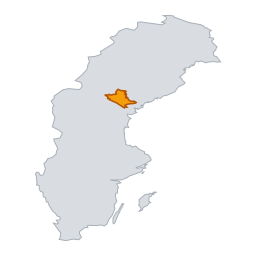 Sollefteå, Västernorrland, Sweden shown in context
{"feature_id": "70781695B14713554089347", "entity_name": "Sollefteå", "entity_type": "district", "adm_level": 2, "iso_a3": "SWE", "parent_name": "Sweden", "parent_adm1": "Västernorrland", "projection": "equal_earth", "projection_center": [16.958, 63.453], "detail": "fine", "context": "in_parent", "style": "filled", "palette": "amber", "viewbox_px": 256, "rotation_deg": 0, "n_neighbors": 0, "source": "geoboundaries", "source_scale": "gbopen_adm2", "svg_char_len": 5966}
<svg xmlns="http://www.w3.org/2000/svg" viewBox="0 0 256 256"><path d="M39.1,173.1L40.3,175.4L42.8,175.1L43.9,173.5L45.4,168.7L43.9,163.4L46.2,161.5L47.8,158.6L51.3,157.8L56.0,154.4L56.6,151.0L57.8,148.5L54.1,140.9L53.8,139.0L59.8,138.1L62.5,133.1L58.6,129.9L52.3,126.9L54.9,117.5L52.4,112.5L52.8,110.4L52.5,107.1L54.1,105.8L51.2,101.1L54.4,97.9L53.9,96.2L62.9,89.8L68.7,88.6L79.3,89.6L81.9,87.0L82.0,85.7L81.1,82.5L75.2,80.6L81.8,75.0L87.0,69.5L88.1,64.3L89.4,62.0L88.2,57.0L95.0,56.4L101.2,54.3L100.4,51.6L113.8,43.3L114.2,41.9L113.2,40.5L110.1,37.9L111.0,36.8L114.6,36.1L116.3,35.0L119.0,31.2L126.3,28.3L134.3,30.3L137.7,26.9L137.5,22.4L140.3,21.9L161.7,24.8L165.3,23.1L161.6,22.2L165.2,20.4L166.2,19.2L166.5,17.9L166.4,17.2L163.4,15.6L170.1,15.4L173.8,16.1L174.1,17.1L188.8,22.5L200.4,24.6L203.7,26.1L205.0,27.8L206.8,27.9L209.0,29.5L211.3,30.4L209.5,31.5L209.6,34.1L210.3,35.2L209.3,37.5L213.1,38.0L213.7,39.3L211.8,40.7L212.1,42.2L217.1,46.9L216.0,48.4L215.7,50.3L213.5,51.7L213.3,53.2L213.8,55.1L214.5,56.1L216.7,56.7L220.5,61.8L216.8,62.2L214.0,61.5L207.6,62.1L206.0,62.9L201.0,60.9L198.2,62.0L196.3,61.0L194.8,62.7L194.4,65.0L192.1,64.8L193.0,65.7L189.9,66.0L189.7,66.4L190.3,66.9L189.4,67.6L185.1,67.9L184.5,68.6L185.8,69.5L185.8,70.1L183.0,69.3L184.9,71.0L185.4,72.2L179.5,77.1L181.5,78.4L183.2,81.2L185.1,82.5L184.4,83.8L178.2,87.0L174.8,91.9L167.1,95.2L163.0,96.0L160.4,98.4L157.2,97.6L157.2,99.0L155.2,98.1L153.5,100.2L150.7,102.0L147.6,101.7L147.3,102.0L148.2,102.5L144.7,102.9L143.6,104.8L141.0,105.3L140.6,105.9L143.2,106.0L142.7,107.5L139.7,108.3L138.6,109.3L137.2,109.2L137.5,108.5L135.5,108.5L134.8,107.7L134.4,107.9L135.8,110.4L134.8,111.4L136.7,112.4L131.2,114.8L127.8,113.9L127.3,114.6L128.1,116.7L131.0,118.4L129.2,119.5L127.3,124.5L128.6,127.5L124.8,126.9L125.1,128.0L123.8,129.4L124.3,131.3L123.9,132.6L124.8,133.8L124.3,134.4L124.9,139.9L126.0,142.3L125.6,144.2L127.2,145.2L130.6,145.4L131.6,147.0L135.8,146.1L138.9,149.2L144.7,151.9L144.4,153.6L148.1,154.9L150.2,157.3L151.1,159.3L150.8,160.5L145.1,163.8L140.7,166.1L136.2,167.4L136.4,168.0L138.6,168.2L144.2,166.6L145.8,168.0L142.8,168.7L142.2,170.6L140.9,171.9L128.7,176.3L127.1,177.7L121.6,179.9L111.8,179.8L110.3,180.2L118.8,181.2L120.8,182.8L116.8,183.9L118.5,187.8L117.5,188.8L117.4,193.1L116.0,193.2L115.3,195.0L116.1,199.5L116.8,200.7L116.4,202.0L114.1,205.0L114.9,208.6L112.2,215.2L109.1,219.1L106.8,224.2L104.2,226.0L101.2,224.9L96.6,225.6L88.3,225.3L87.3,225.9L87.9,227.7L84.9,227.5L79.6,231.5L79.4,233.4L81.4,237.2L78.8,239.7L73.2,239.1L65.8,240.6L59.1,239.4L60.0,238.1L60.7,233.1L53.4,223.0L56.9,224.0L58.4,223.5L56.3,220.2L59.3,220.0L60.3,218.8L59.8,216.9L57.3,216.1L55.2,213.1L53.0,211.6L49.2,205.7L47.8,201.7L46.4,202.1L45.4,197.5L43.3,196.8L43.0,192.1L40.7,191.6L39.3,189.5L39.2,185.5L36.5,185.0L37.0,183.1L36.3,176.2L35.5,174.0L36.3,172.4L37.8,172.2L39.1,173.1ZM153.0,194.6L151.8,195.0L151.0,196.3L149.1,197.0L148.8,201.0L150.6,202.6L148.8,203.2L147.5,205.4L144.2,206.9L142.8,208.2L142.2,210.3L139.2,211.3L141.3,208.3L138.6,204.9L139.3,203.6L139.0,199.7L144.9,194.7L147.7,194.1L148.9,194.7L149.4,193.5L150.3,193.2L153.0,194.6ZM114.8,223.0L113.4,223.8L112.9,222.6L113.1,217.8L116.4,212.1L117.9,211.7L121.9,204.0L122.4,203.5L123.7,204.0L122.7,204.7L122.8,206.0L120.2,210.1L119.5,212.8L118.6,213.4L114.8,223.0ZM154.1,193.0L153.9,194.2L152.4,193.3L153.8,192.0L156.7,192.3L154.1,193.0ZM146.9,164.4L145.1,166.1L144.7,165.4L145.1,164.5L146.9,164.4ZM142.9,173.3L141.9,173.4L142.6,172.2L143.9,171.9L142.9,173.3Z" fill="#d9dde1" stroke="#a8b0b8" stroke-width="1"/><path d="M118.2,89.3L117.5,89.7L117.2,90.1L117.0,90.6L116.8,90.7L116.6,91.0L116.3,91.3L116.0,91.6L116.0,92.1L115.7,92.5L115.8,92.7L115.9,93.2L116.2,93.4L116.4,93.6L116.5,94.0L116.4,94.2L116.2,94.2L115.8,94.3L115.4,94.4L114.9,94.4L113.9,94.4L113.1,94.4L112.8,94.5L112.4,94.6L112.2,94.7L112.0,94.8L111.7,95.0L111.3,95.1L110.9,95.0L110.7,94.9L110.3,94.8L109.9,94.6L109.7,94.6L109.4,94.4L109.0,94.4L108.7,94.6L108.4,94.9L108.1,95.0L107.7,95.1L107.2,95.1L106.9,94.9L106.4,94.8L106.0,94.9L105.7,94.9L105.2,95.1L105.4,95.5L105.7,95.5L106.2,95.7L106.5,96.0L106.9,96.2L107.3,96.4L107.8,96.7L108.0,97.0L107.9,97.4L107.8,97.5L107.6,97.7L107.6,98.0L107.6,98.4L107.8,98.7L108.2,98.7L108.4,98.5L108.9,98.5L109.4,98.7L109.9,98.9L109.8,99.2L109.8,99.4L109.4,99.6L109.5,99.8L110.1,100.0L110.5,100.1L111.1,100.4L111.5,100.6L111.9,100.7L112.1,100.9L112.7,101.2L113.9,101.7L114.7,102.1L116.0,102.6L117.4,103.4L118.0,103.9L118.8,104.3L119.6,104.9L121.2,105.8L121.8,106.4L122.7,106.9L123.8,107.5L124.4,107.9L124.6,107.4L125.2,107.2L125.8,107.1L126.7,107.1L126.9,107.1L126.6,106.8L126.4,106.6L126.1,106.6L125.7,106.5L125.4,106.4L125.2,106.3L125.2,106.1L125.1,105.7L124.9,105.3L125.3,105.2L125.9,105.2L126.0,105.1L126.1,104.8L126.3,104.6L126.8,104.4L127.4,104.3L128.1,104.1L128.8,104.0L129.1,103.9L129.7,103.9L130.3,103.8L130.7,103.6L131.2,103.6L131.7,103.6L132.2,103.7L132.7,103.7L133.0,103.6L133.5,103.4L133.7,103.2L134.1,103.1L134.8,103.2L135.2,103.2L135.5,103.0L135.7,102.8L136.1,102.7L136.3,102.5L136.2,102.4L135.6,102.1L135.3,101.8L135.1,101.7L134.6,101.5L134.2,101.4L134.0,101.2L133.6,101.2L133.2,101.2L132.9,101.3L132.3,101.3L131.9,101.2L131.4,101.1L130.8,101.1L130.3,101.1L130.0,100.9L129.7,100.8L129.6,100.6L129.4,100.4L129.0,100.2L128.8,99.9L128.8,99.7L128.7,99.5L128.2,99.3L128.0,99.0L127.9,98.7L127.9,98.2L127.8,97.8L127.7,97.6L126.9,97.6L126.3,97.8L125.7,97.8L125.6,97.6L125.9,97.2L125.7,96.9L125.7,96.7L125.8,96.5L126.2,96.4L126.5,96.4L126.5,96.1L126.1,95.9L125.8,95.8L125.7,95.4L125.8,95.1L126.1,94.8L126.4,94.6L126.5,94.4L126.5,94.2L126.2,93.9L125.7,94.0L125.3,94.1L124.9,94.2L125.1,93.7L125.1,93.2L125.5,92.9L125.5,92.6L124.9,92.5L124.6,92.4L124.5,92.0L124.3,91.8L124.3,91.6L125.0,91.5L125.4,91.5L126.0,91.5L126.1,91.4L125.8,91.2L125.4,90.9L123.8,90.8L122.8,90.7L121.8,90.6L121.0,90.6L120.5,90.5L120.3,90.4L120.1,90.3L119.8,90.1L119.2,89.9L118.6,89.5L118.2,89.3Z" fill="#f59e0b" stroke="#b45309" stroke-width="1.5"/></svg>